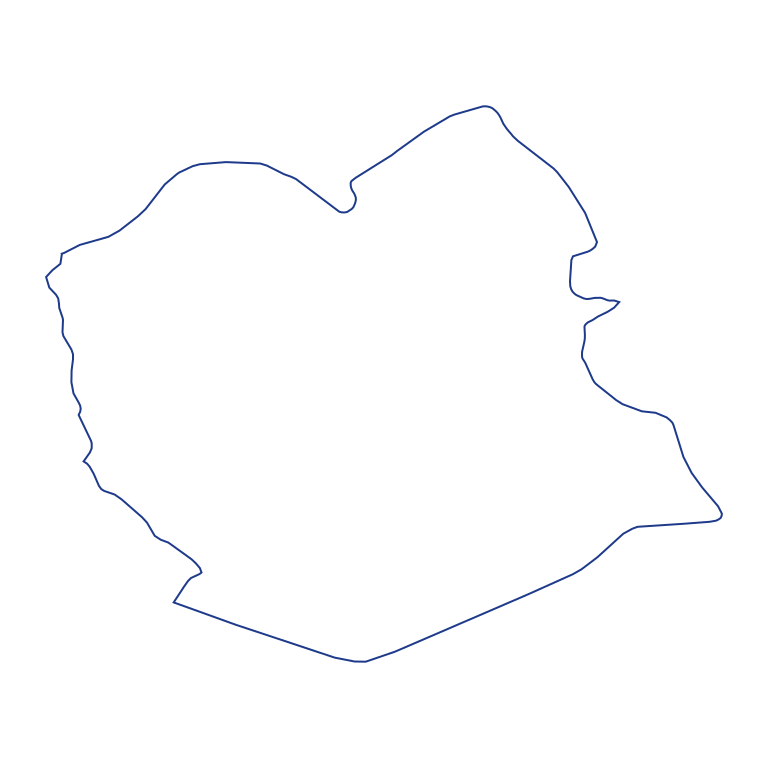 outline of Oruro
{"feature_id": "BOL-1937", "entity_name": "Oruro", "entity_type": "Department", "adm_level": 1, "iso_a3": "BOL", "parent_name": "Bolivia", "parent_adm1": "", "projection": "albers", "projection_center": [-67.639, -18.613], "detail": "fine", "context": "isolated", "style": "outline", "palette": "blue", "viewbox_px": 768, "rotation_deg": 0, "n_neighbors": 0, "source": "natural_earth", "source_scale": "10m", "svg_char_len": 2451}
<svg xmlns="http://www.w3.org/2000/svg" viewBox="0 0 768 768"><path d="M83.6,461.4L89.9,452.5L91.7,448.2L91.7,443.2L91.0,440.8L78.8,415.3L78.7,415.1L78.7,414.8L80.2,411.7L80.7,408.6L80.1,405.5L78.7,402.6L73.5,393.4L71.4,382.2L71.6,370.4L73.0,359.4L73.0,354.2L71.4,349.5L63.4,336.1L62.5,332.3L63.0,319.9L62.6,317.8L59.3,308.1L59.1,306.1L59.0,303.7L58.2,298.4L56.0,294.7L49.3,287.6L46.1,277.0L52.4,270.2L60.4,263.8L61.9,253.9L61.8,253.7L64.0,253.0L79.8,244.9L108.4,236.8L119.5,230.6L137.9,216.3L145.6,209.1L164.7,184.5L176.9,174.1L179.0,172.6L192.6,166.2L199.9,164.2L226.0,162.1L260.1,163.5L266.7,165.5L284.0,174.2L291.3,176.8L296.1,179.1L339.0,211.5L340.2,212.0L341.5,212.3L344.2,212.5L347.1,212.0L351.7,209.0L353.3,207.3L354.4,204.9L355.1,203.3L355.7,200.9L355.9,199.4L355.8,198.0L355.6,196.9L354.3,193.7L352.2,190.4L351.5,188.8L350.9,186.9L350.6,183.6L350.9,182.1L351.7,180.9L355.8,177.7L392.0,155.0L397.2,150.9L423.9,131.7L449.7,116.4L454.3,114.6L482.8,106.4L484.8,106.3L486.8,106.4L489.6,107.0L491.1,107.6L492.5,108.3L495.7,111.0L497.5,112.9L499.0,115.0L500.4,117.4L503.3,123.7L506.9,129.0L512.1,135.1L512.8,136.1L517.9,140.9L553.6,168.5L557.4,172.4L568.7,186.9L585.1,212.9L597.0,242.1L595.2,246.6L593.0,248.6L590.6,250.3L588.0,251.6L573.0,256.3L571.4,260.0L570.0,281.2L570.3,286.4L571.2,289.2L572.5,291.6L574.3,293.5L576.4,295.1L583.7,298.4L586.4,299.0L589.1,298.9L594.8,297.9L600.6,297.8L602.9,298.4L607.4,300.2L609.5,300.6L614.2,300.5L619.2,302.1L614.1,307.7L607.8,311.7L598.0,316.5L592.5,320.1L587.8,322.4L585.5,324.5L584.6,326.0L584.5,327.4L584.9,334.9L584.8,338.7L584.4,341.5L582.1,351.7L582.0,354.3L582.1,357.2L582.4,358.1L582.5,358.5L585.2,362.7L592.7,379.4L594.4,382.2L595.7,383.7L598.1,385.7L616.3,400.2L622.6,404.2L641.8,411.3L655.6,412.8L666.6,417.4L669.8,420.0L672.4,422.7L673.5,425.1L683.0,455.6L683.4,456.9L691.6,472.9L702.2,487.5L718.1,506.3L721.9,513.7L721.6,515.9L720.7,517.9L718.5,519.5L716.0,520.7L709.6,521.8L683.2,523.8L637.6,526.8L632.4,528.7L623.3,533.7L597.2,557.4L581.5,569.3L572.9,574.2L527.9,594.4L462.0,622.8L394.9,651.7L365.7,661.7L354.5,661.5L334.6,657.6L235.9,624.8L174.7,602.8L173.7,602.4L183.3,587.8L183.3,587.7L188.0,581.0L191.0,578.0L199.6,574.0L201.5,572.5L199.9,568.1L196.0,563.5L191.6,559.3L168.4,542.6L160.7,539.7L154.7,535.8L147.0,522.6L142.0,517.2L121.5,499.3L114.6,494.5L104.3,491.0L101.3,489.1L98.9,485.8L93.7,473.8L89.6,466.6L87.0,463.6L83.6,461.4Z" fill="none" stroke="#1e3a8a" stroke-width="2"/></svg>